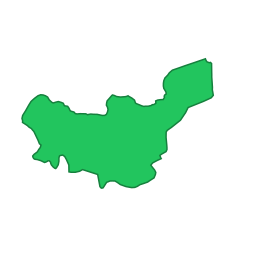 outline of Sheikh Badr, Tartus, Syria, rotated 342°
{"feature_id": "27442178B44438051869980", "entity_name": "Sheikh Badr", "entity_type": "district", "adm_level": 2, "iso_a3": "SYR", "parent_name": "Syria", "parent_adm1": "Tartus", "projection": "orthographic", "projection_center": [36.082, 35.023], "detail": "fine", "context": "isolated", "style": "filled", "palette": "green", "viewbox_px": 256, "rotation_deg": 342, "n_neighbors": 0, "source": "geoboundaries", "source_scale": "gbopen_adm2", "svg_char_len": 2516}
<svg xmlns="http://www.w3.org/2000/svg" viewBox="0 0 256 256"><g transform="rotate(342 128 128)"><path d="M223.0,86.1L210.7,86.3L201.8,86.4L194.1,86.6L188.1,86.7L184.5,88.2L182.1,90.0L178.6,91.8L176.6,94.2L175.5,96.4L174.6,99.0L174.3,101.4L175.0,104.4L175.2,105.7L174.8,107.5L173.7,107.7L172.8,108.2L172.2,109.1L172.1,110.2L170.3,111.8L168.1,111.2L164.9,110.6L162.7,110.8L162.1,113.1L159.9,113.7L158.2,113.3L157.2,113.8L153.9,113.5L150.8,112.5L149.9,112.5L148.1,111.3L143.5,107.4L142.8,106.5L142.8,103.5L140.9,100.7L137.9,97.5L137.9,97.4L136.0,97.5L133.8,97.1L133.6,97.0L130.3,96.2L126.8,94.5L125.1,92.9L123.5,91.8L122.8,92.0L118.5,94.6L116.6,95.7L115.5,97.4L114.5,99.6L114.9,101.9L114.7,104.3L113.3,106.6L112.0,108.0L111.6,108.4L109.8,108.8L107.4,108.1L102.9,105.5L99.4,104.3L96.8,103.2L93.5,102.8L93.4,102.7L92.3,101.5L91.2,101.1L86.9,99.6L83.9,98.9L82.3,98.0L81.6,96.2L80.8,95.6L79.1,94.5L78.3,93.6L78.0,91.0L77.3,88.7L74.4,87.2L74.1,84.5L72.4,83.0L69.9,81.3L67.0,81.1L64.7,81.1L63.6,80.2L61.8,77.0L61.1,73.7L59.4,71.8L57.4,70.3L57.1,70.2L55.2,69.4L52.4,69.5L48.5,70.8L46.4,71.7L44.0,72.8L40.9,75.4L36.0,79.9L31.7,83.5L30.1,86.2L30.0,88.7L29.4,90.1L31.8,93.0L33.0,94.5L34.2,96.7L35.9,98.6L36.7,100.7L37.4,102.2L38.7,112.1L38.9,115.6L40.0,117.3L38.6,119.4L36.4,120.9L36.1,121.2L34.4,122.7L30.6,124.0L28.7,125.2L28.6,126.7L29.0,128.1L29.7,128.9L32.0,130.0L35.1,132.2L38.0,135.0L39.5,135.0L40.7,134.8L41.9,134.5L43.0,134.9L43.8,136.6L43.6,137.6L43.7,139.3L44.8,142.0L45.9,143.6L46.7,144.2L47.7,143.7L50.3,141.4L52.0,138.3L53.1,135.0L54.3,133.3L55.7,133.3L57.6,133.6L59.0,135.6L59.7,139.1L60.3,144.9L58.3,151.5L60.2,152.5L64.2,153.8L68.6,154.2L71.9,153.5L84.8,162.8L83.2,175.1L83.8,176.6L84.4,177.1L85.8,177.2L87.3,176.0L90.2,173.6L91.1,173.0L92.6,173.0L94.5,172.8L96.7,173.5L99.1,174.3L100.5,175.8L101.7,177.3L103.2,179.4L108.0,183.1L113.0,185.8L116.1,186.6L118.9,186.4L121.8,185.6L125.4,185.6L130.0,185.5L133.3,184.5L133.8,184.4L137.3,183.5L139.7,180.7L140.7,178.8L140.3,176.1L139.3,173.5L138.2,170.4L140.7,168.8L145.7,167.9L150.1,167.4L150.0,167.0L149.8,163.9L152.0,163.2L156.9,162.2L158.4,160.5L159.0,158.6L159.6,156.2L161.3,148.7L162.6,144.9L163.0,143.7L164.5,142.4L166.4,141.8L168.9,141.0L169.1,141.0L170.7,140.4L180.3,136.8L186.7,131.8L187.4,131.3L191.5,127.1L202.0,126.4L208.0,126.0L216.5,125.0L219.2,123.3L219.7,120.1L220.0,117.8L220.9,115.3L223.4,105.4L224.1,103.3L224.9,100.6L227.4,92.5L226.7,91.1L225.7,91.1L223.7,89.7L223.1,88.1L223.0,86.1Z" fill="#22c55e" stroke="#15803d" stroke-width="1.5"/></g></svg>